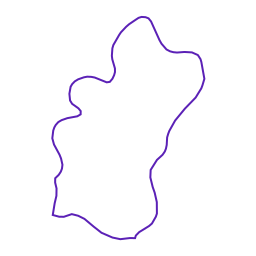 Yangdok, P'yŏngan-namdo, North Korea, rotated 271°
{"feature_id": "82179303B23606982482595", "entity_name": "Yangdok", "entity_type": "district", "adm_level": 2, "iso_a3": "PRK", "parent_name": "North Korea", "parent_adm1": "P'yŏngan-namdo", "projection": "orthographic", "projection_center": [126.837, 39.187], "detail": "fine", "context": "isolated", "style": "outline", "palette": "violet", "viewbox_px": 256, "rotation_deg": 271, "n_neighbors": 0, "source": "geoboundaries", "source_scale": "gbopen_adm2", "svg_char_len": 1351}
<svg xmlns="http://www.w3.org/2000/svg" viewBox="0 0 256 256"><g transform="rotate(271 128 128)"><path d="M221.0,117.6L210.7,111.9L207.4,111.0L199.9,110.6L196.4,111.1L187.3,113.9L183.7,114.0L180.6,113.2L177.0,111.6L173.8,109.0L173.3,105.9L177.9,93.8L178.5,90.3L178.6,86.3L177.9,83.0L175.8,77.3L173.7,74.0L170.9,71.4L168.2,69.9L161.2,68.8L154.5,69.6L151.2,71.7L146.8,78.1L144.1,80.4L140.8,80.4L138.8,77.1L136.8,67.2L134.7,61.5L132.7,58.2L129.8,55.7L127.2,54.3L124.1,53.3L116.4,52.5L110.2,54.3L100.1,60.0L96.3,61.6L90.1,63.1L86.3,62.7L83.2,61.6L80.0,59.6L76.5,56.1L72.2,56.1L66.3,57.6L58.9,57.6L51.5,56.0L39.7,54.3L38.1,60.7L38.1,65.4L40.9,73.3L39.4,79.7L36.4,86.0L28.8,95.4L22.8,103.3L18.2,114.4L16.7,122.3L18.0,131.8L18.0,137.0L20.6,137.7L24.1,141.0L30.4,150.8L32.9,153.6L39.8,157.4L43.0,158.4L54.4,158.1L63.8,155.8L69.5,153.7L79.0,151.2L86.5,151.4L96.6,157.5L101.8,163.0L105.1,165.2L108.0,166.3L111.7,167.0L119.3,167.3L122.9,168.3L125.9,169.4L136.3,175.0L148.4,184.6L159.6,195.1L168.9,200.6L172.0,201.7L178.5,203.5L195.2,200.2L198.1,199.3L201.4,197.1L202.2,196.5L204.7,190.6L205.0,183.1L204.3,175.7L204.6,172.0L205.4,168.7L207.2,165.1L212.9,160.0L216.5,157.9L234.9,149.2L238.0,146.6L239.1,143.6L239.3,139.6L238.3,136.6L237.6,135.6L236.3,133.7L231.8,127.3L229.2,124.4L223.6,119.3L221.0,117.6Z" fill="none" stroke="#5b21b6" stroke-width="2"/></g></svg>